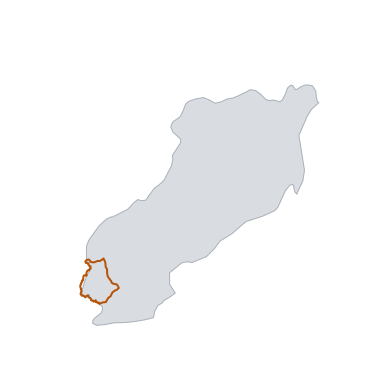 Tropojë, Kukës, Albania (highlighted), rotated 230°
{"feature_id": "67620474B51082079967557", "entity_name": "Tropojë", "entity_type": "district", "adm_level": 2, "iso_a3": "ALB", "parent_name": "Albania", "parent_adm1": "Kukës", "projection": "equal_earth", "projection_center": [20.083, 42.368], "detail": "fine", "context": "in_parent", "style": "outline", "palette": "amber", "viewbox_px": 384, "rotation_deg": 230, "n_neighbors": 0, "source": "geoboundaries", "source_scale": "gbopen_adm2", "svg_char_len": 2887}
<svg xmlns="http://www.w3.org/2000/svg" viewBox="0 0 384 384"><g transform="rotate(230 192 192)"><path d="M125.4,114.2L125.6,108.9L126.9,100.5L126.2,97.7L127.0,92.9L124.5,86.5L120.5,81.9L124.4,73.7L130.2,63.9L135.6,56.1L142.0,48.0L146.3,40.2L151.0,33.5L154.9,31.5L156.9,32.9L158.0,35.8L157.7,44.5L159.0,47.4L161.8,49.6L167.6,48.6L174.0,46.4L182.7,41.8L184.2,42.1L187.4,44.5L194.0,55.0L198.5,64.2L207.2,67.4L212.1,71.0L218.4,76.5L221.4,82.0L225.8,98.8L226.3,109.0L225.1,113.7L224.0,114.9L220.1,131.5L221.1,140.0L221.0,145.6L217.7,147.8L215.5,151.3L219.1,165.2L218.7,171.1L218.9,177.9L225.4,193.4L229.2,198.2L232.6,200.5L237.0,214.8L239.6,217.3L250.2,215.9L255.4,217.5L257.5,220.9L258.0,223.2L257.3,231.3L260.0,237.5L263.5,243.8L263.5,247.7L261.2,254.1L257.0,261.5L251.3,264.4L245.1,266.8L242.2,272.6L240.7,278.7L237.9,283.3L236.2,288.3L233.6,298.5L233.0,302.3L228.8,306.0L222.3,307.5L216.4,307.9L212.5,309.6L210.5,313.1L206.8,315.9L204.5,317.2L204.5,320.3L207.2,326.8L210.3,332.1L210.4,336.4L208.9,337.5L204.1,337.0L203.1,338.6L202.6,343.3L201.3,347.4L199.3,349.8L195.9,352.5L189.7,351.7L183.8,347.6L180.7,346.3L178.9,346.5L178.5,336.5L175.9,328.8L166.6,310.2L136.4,292.2L129.3,284.1L126.2,277.4L123.1,271.0L126.1,270.8L129.1,272.4L132.9,274.3L134.4,271.1L132.8,264.1L125.1,247.8L124.5,243.3L128.4,229.6L134.7,214.3L134.4,195.7L136.4,181.8L134.2,172.7L133.2,161.6L137.9,146.8L141.9,143.2L144.3,138.5L144.5,122.8L135.6,115.5L125.4,114.2Z" fill="#d9dde1" stroke="#a8b0b8" stroke-width="1"/><path d="M207.6,67.3L207.3,65.6L205.8,65.2L205.1,65.9L204.5,66.1L203.9,66.8L202.6,65.8L200.2,66.5L199.6,65.8L198.6,65.2L198.9,64.5L198.1,63.1L198.8,62.7L198.9,61.2L198.3,59.6L197.2,58.5L196.0,57.8L196.0,56.9L196.9,56.6L197.5,55.8L196.9,54.2L195.6,53.0L194.6,52.2L194.5,51.9L194.9,51.5L194.9,51.1L194.7,51.0L194.4,50.3L193.8,50.1L193.7,49.6L193.5,49.1L193.6,48.8L193.6,48.6L193.3,48.3L192.6,47.8L192.4,47.2L192.5,46.7L191.8,46.0L190.7,45.2L189.0,44.8L188.9,44.3L188.4,44.2L187.0,43.6L186.8,42.9L186.4,42.4L186.1,41.8L185.5,41.1L184.9,41.2L183.9,40.9L183.3,41.0L182.9,42.0L181.9,42.1L181.1,42.6L180.5,42.4L180.0,42.6L180.1,43.3L180.3,44.0L180.1,44.6L179.8,45.0L179.8,45.8L179.3,46.2L178.3,45.6L177.4,45.5L176.9,45.5L176.2,46.0L175.4,46.0L174.2,45.1L172.8,45.7L172.3,46.4L171.4,46.2L170.9,47.0L171.0,47.8L170.9,48.5L170.4,48.3L169.5,47.6L168.8,48.0L168.4,48.8L167.3,48.7L166.8,49.5L166.2,49.1L165.7,49.3L165.8,49.9L165.3,50.9L164.9,52.4L164.6,53.0L164.2,53.5L163.8,54.1L163.4,54.7L163.1,55.1L164.7,59.9L164.5,62.6L166.2,66.4L166.1,69.6L165.4,71.5L165.6,74.3L168.1,74.9L169.6,74.9L172.6,72.6L174.4,72.2L175.3,72.8L178.0,72.9L181.3,73.1L184.2,74.7L185.4,75.6L187.4,77.3L189.8,77.6L194.1,80.5L197.8,81.4L198.4,76.9L199.8,75.5L200.5,73.3L201.1,71.6L203.3,69.6L206.5,69.6L206.9,69.0L207.1,68.6L207.2,68.4L207.3,68.3L207.6,67.9L207.6,67.6L207.6,67.3Z" fill="none" stroke="#b45309" stroke-width="2"/></g></svg>